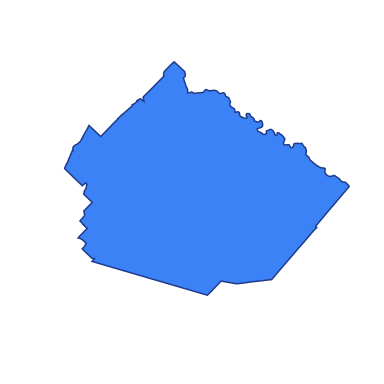 the district of West Torrens, South Australia, Australia, rotated 48°
{"feature_id": "25037944B76769094445269", "entity_name": "West Torrens", "entity_type": "district", "adm_level": 2, "iso_a3": "AUS", "parent_name": "Australia", "parent_adm1": "South Australia", "projection": "albers", "projection_center": [138.535, -34.943], "detail": "fine", "context": "isolated", "style": "filled", "palette": "blue", "viewbox_px": 384, "rotation_deg": 48, "n_neighbors": 0, "source": "geoboundaries", "source_scale": "gbopen_adm2", "svg_char_len": 5778}
<svg xmlns="http://www.w3.org/2000/svg" viewBox="0 0 384 384"><g transform="rotate(48 192 192)"><path d="M293.0,71.4L291.7,71.2L290.9,71.3L289.1,71.4L288.6,71.3L288.1,71.4L287.5,71.5L287.0,71.7L285.4,73.2L284.6,73.6L284.4,73.7L284.3,73.8L284.2,73.8L283.9,73.8L282.9,73.9L282.5,73.9L281.8,73.8L281.1,73.7L280.2,73.8L278.5,74.3L275.3,75.0L274.7,75.4L273.8,77.4L272.7,79.1L272.4,79.4L271.3,80.0L269.5,80.5L269.0,80.6L268.6,80.6L267.9,80.4L266.7,80.2L265.9,79.8L265.2,79.1L264.0,77.6L263.6,77.4L262.7,77.7L261.4,79.0L260.5,79.7L259.4,80.4L258.4,80.8L256.2,81.4L255.5,81.6L253.7,81.8L252.8,82.1L250.3,82.4L249.8,82.5L249.1,82.6L247.8,82.8L247.2,82.8L246.9,82.8L245.2,82.2L244.8,82.0L244.1,81.9L242.9,82.0L241.3,82.5L240.5,82.4L240.2,82.3L239.9,82.0L239.9,81.8L239.1,80.8L238.9,80.5L238.4,79.9L237.7,79.3L237.0,78.9L236.5,78.8L235.7,78.4L235.2,78.1L234.6,78.1L232.9,78.3L231.9,78.3L231.0,78.1L229.9,77.8L229.4,77.8L229.2,77.9L229.0,78.1L228.8,78.7L228.6,79.0L228.3,79.4L227.8,79.8L227.3,80.4L226.4,81.0L226.0,81.4L225.8,81.8L224.7,83.2L224.5,83.7L224.5,84.1L224.7,84.4L225.0,84.8L225.3,85.3L225.6,85.8L226.0,86.7L226.0,87.5L226.0,88.1L225.9,88.3L225.4,88.6L224.8,88.9L224.1,88.9L223.1,88.3L221.9,88.3L221.6,88.5L221.2,88.9L220.6,89.6L220.0,90.5L219.6,91.1L219.1,91.7L218.9,91.8L217.7,91.8L217.2,91.6L217.0,91.4L216.5,90.6L216.1,89.9L215.7,89.4L215.2,88.3L215.0,88.0L214.9,87.7L214.3,87.3L213.7,87.2L212.2,87.1L209.8,87.2L209.1,87.2L208.8,87.3L208.7,87.4L208.5,87.6L207.1,87.9L206.4,87.8L206.1,87.9L205.9,88.0L205.5,88.4L205.3,88.7L205.3,89.1L205.5,89.7L206.0,90.1L206.3,90.6L206.3,91.6L206.1,91.9L205.8,92.0L204.9,92.0L204.3,91.7L203.2,91.4L202.8,91.2L202.4,91.0L201.9,91.0L201.0,90.9L199.3,91.0L198.8,91.2L198.3,91.4L198.0,91.8L197.8,92.1L197.5,92.7L197.4,93.5L197.3,94.0L196.6,95.1L196.5,95.7L196.5,96.0L197.2,96.6L197.6,96.9L197.9,97.3L198.1,97.9L198.1,98.7L198.0,99.2L197.7,99.7L197.3,100.2L196.5,100.5L194.2,100.9L193.1,101.6L192.4,101.8L191.2,102.2L190.3,102.2L189.7,102.0L189.2,101.8L188.9,101.4L188.8,101.0L189.1,100.0L189.6,98.8L190.1,98.0L190.2,97.5L190.4,96.9L190.4,96.4L190.3,95.8L189.4,94.5L189.0,94.2L188.4,93.8L187.0,93.1L186.5,92.9L185.8,92.8L185.5,92.8L185.1,92.9L184.8,93.2L184.7,93.4L184.6,93.7L184.7,94.3L184.6,95.4L184.4,95.7L184.1,96.1L183.4,96.9L181.8,97.5L181.3,97.8L181.0,97.9L180.5,97.9L180.2,97.8L179.8,97.4L179.5,97.0L179.0,97.0L178.4,97.0L177.8,97.0L177.0,97.2L175.7,97.5L175.0,97.7L174.6,97.6L173.5,97.1L173.0,97.0L172.6,96.9L172.3,97.0L171.9,97.2L171.1,97.9L170.6,98.6L170.4,99.0L170.5,99.4L170.6,99.7L170.9,100.0L171.7,100.7L172.1,100.9L173.0,100.8L173.2,101.0L173.6,101.4L173.7,101.7L173.7,102.0L173.5,102.4L173.3,102.7L172.1,103.6L171.5,104.0L170.4,104.4L169.4,104.9L168.5,105.3L167.6,105.3L167.0,105.2L166.6,105.0L165.1,103.9L164.5,103.7L163.6,103.9L163.2,104.0L162.6,104.9L162.1,106.1L161.9,106.5L161.7,106.6L161.4,106.6L159.5,105.2L159.0,105.1L158.5,105.0L157.4,105.1L155.4,105.8L154.8,105.9L153.4,105.9L152.9,105.8L152.4,105.6L152.0,105.3L151.6,104.7L151.2,103.7L151.0,103.3L150.6,103.1L150.2,102.9L149.5,102.7L147.3,101.9L146.7,101.7L146.3,101.8L145.8,101.9L145.3,102.0L144.2,102.6L143.9,102.8L143.6,102.8L142.8,102.7L142.3,102.5L141.5,102.0L141.0,101.9L140.7,101.8L140.3,101.8L139.9,102.0L139.2,102.3L138.9,102.8L138.4,104.0L137.8,105.0L137.4,105.3L136.7,105.7L136.2,105.8L135.7,105.9L134.0,105.9L133.6,106.0L133.0,106.2L132.5,106.5L131.5,107.3L130.5,108.4L129.7,109.5L129.1,110.6L128.7,111.1L127.9,111.8L127.4,112.0L126.4,112.3L125.7,112.7L125.3,113.0L125.1,113.5L125.0,113.9L125.0,114.5L125.5,116.9L125.5,117.0L125.3,117.3L124.5,118.3L124.1,119.0L123.7,119.6L123.4,119.8L122.8,120.9L122.3,121.3L122.2,121.5L121.9,121.9L121.3,122.8L121.0,123.5L120.5,124.0L120.3,124.1L119.3,124.7L118.9,124.9L118.2,125.0L117.7,125.2L117.5,125.4L117.2,125.7L116.9,126.4L116.8,126.8L116.4,127.8L116.2,128.2L115.2,129.0L114.9,128.4L114.4,127.9L113.7,127.3L112.0,126.3L111.1,126.0L110.0,125.9L109.5,125.7L108.8,125.3L107.9,124.9L106.3,124.2L104.7,123.6L102.8,122.6L101.8,122.2L101.4,121.7L101.5,121.2L101.6,120.2L101.1,119.2L100.7,118.7L97.8,116.9L83.4,118.1L83.5,119.6L83.2,119.6L83.3,122.1L83.3,122.7L83.5,125.7L83.7,129.3L84.0,132.2L84.6,133.3L85.5,134.4L87.1,135.2L88.2,153.8L88.6,161.4L88.7,164.7L91.8,166.7L92.6,167.1L88.3,167.8L87.9,168.9L87.3,171.6L88.0,171.5L87.9,175.0L87.2,178.2L88.0,178.3L87.8,192.4L87.6,192.5L87.9,198.5L88.2,198.5L88.4,201.7L88.2,201.7L89.1,213.7L89.7,222.7L73.6,224.0L74.8,227.1L75.5,229.3L76.8,233.0L77.1,234.0L78.3,237.4L78.5,237.9L79.3,239.8L79.7,241.3L79.7,243.6L79.6,245.5L79.4,246.1L79.2,246.6L79.0,247.6L78.9,248.1L78.9,249.2L79.0,249.7L79.1,250.2L79.4,250.9L80.0,251.3L80.5,251.9L80.7,252.1L81.5,252.5L81.7,252.8L81.3,252.9L81.2,252.9L81.1,253.1L81.2,253.4L81.9,254.6L82.4,256.0L82.8,257.0L83.8,258.6L85.1,261.7L86.7,264.9L87.0,265.6L87.0,266.3L87.2,266.6L87.5,267.2L87.8,268.1L88.4,268.9L88.4,269.2L89.1,270.8L90.1,271.0L100.1,270.3L100.7,270.3L105.9,269.9L114.0,269.3L113.9,267.4L114.3,264.8L116.3,265.2L116.4,265.4L116.8,266.2L118.2,268.0L118.4,268.7L119.4,271.5L119.7,272.0L121.2,273.9L133.0,273.1L133.7,285.1L137.1,287.0L137.7,287.9L138.6,294.7L143.5,294.4L143.3,294.7L148.9,294.3L149.1,297.3L149.7,306.3L150.0,307.4L150.9,306.7L152.1,306.1L153.2,305.7L154.5,305.4L155.9,305.2L159.4,305.0L159.6,306.5L160.1,307.1L160.4,307.7L160.5,308.4L160.8,311.6L163.5,311.5L173.8,310.8L175.0,310.3L176.4,309.2L176.7,312.8L232.4,278.4L279.0,249.6L278.7,243.9L277.7,230.0L284.8,224.4L289.7,220.6L290.1,220.1L290.9,219.1L293.1,216.0L294.6,213.9L296.3,211.4L297.5,209.5L305.7,198.0L307.4,195.6L308.5,194.1L310.4,191.5L308.6,178.1L305.5,153.8L304.6,147.0L304.2,142.9L302.0,126.7L302.0,125.6L302.0,124.1L302.0,123.1L300.2,123.1L298.4,110.4L298.0,107.9L293.2,72.1L293.0,71.4Z" fill="#3b82f6" stroke="#1e3a8a" stroke-width="1.5"/></g></svg>